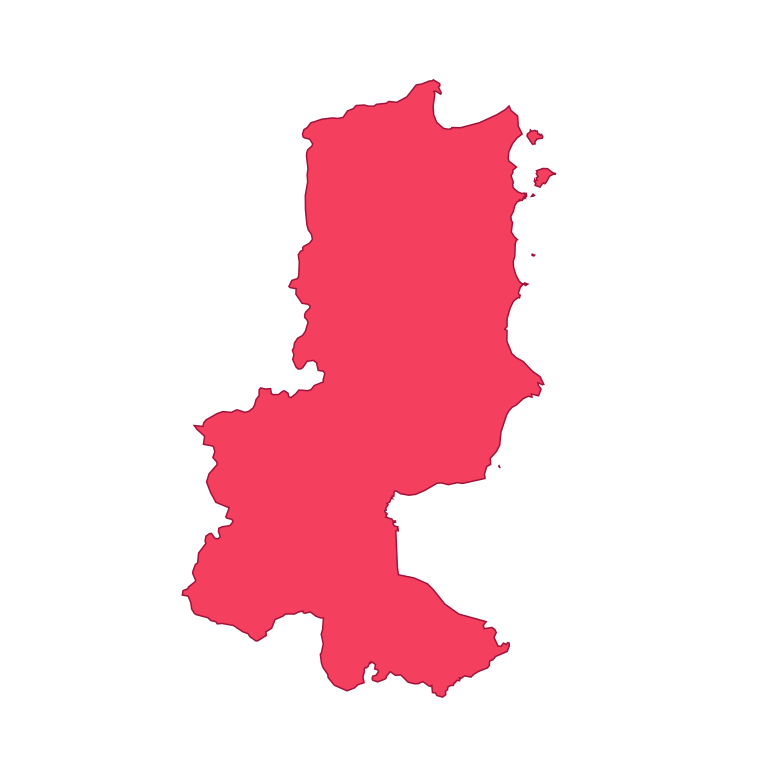 Ketapang, Kalimantan Barat, Indonesia (Albers equal-area conic projection), rotated 192°
{"feature_id": "22746128B56277764926455", "entity_name": "Ketapang", "entity_type": "district", "adm_level": 2, "iso_a3": "IDN", "parent_name": "Indonesia", "parent_adm1": "Kalimantan Barat", "projection": "albers", "projection_center": [110.267, -1.697], "detail": "fine", "context": "isolated", "style": "filled", "palette": "rose", "viewbox_px": 768, "rotation_deg": 192, "n_neighbors": 0, "source": "geoboundaries", "source_scale": "gbopen_adm2", "svg_char_len": 6145}
<svg xmlns="http://www.w3.org/2000/svg" viewBox="0 0 768 768"><g transform="rotate(192 384 384)"><path d="M265.6,312.6L267.0,316.9L266.4,324.5L263.0,327.6L264.6,333.4L260.1,341.2L258.1,348.1L259.6,361.2L257.6,379.5L256.1,383.9L253.9,387.8L250.1,391.1L244.7,398.7L240.5,401.9L236.5,402.0L237.7,404.8L230.4,404.6L229.3,411.7L232.8,414.9L233.7,417.3L228.9,416.2L227.6,416.9L232.9,423.6L241.6,427.4L252.4,434.9L260.4,437.3L265.3,440.3L272.7,451.4L274.8,461.9L277.3,462.6L275.6,465.8L277.2,473.5L276.4,484.5L274.8,491.2L273.3,493.7L270.4,496.6L269.4,496.5L269.2,499.2L270.7,499.6L271.4,501.2L270.8,506.9L268.7,510.4L267.6,510.8L266.2,509.7L264.1,511.6L267.5,512.1L268.0,511.2L269.9,510.7L273.2,512.6L277.7,518.1L281.6,525.2L283.1,531.1L282.6,536.0L284.8,548.5L284.4,552.2L283.5,552.9L287.4,555.3L291.1,559.2L291.9,569.0L293.1,569.8L294.8,574.1L293.3,580.0L293.2,585.5L291.7,589.8L289.3,591.5L290.0,591.6L289.6,592.6L288.5,591.9L287.0,592.4L286.8,594.1L285.8,594.0L285.7,595.3L284.8,595.2L285.8,596.1L284.3,596.0L283.8,597.0L285.9,598.6L286.2,599.9L288.9,599.0L293.2,599.8L298.6,602.9L299.7,606.3L299.3,608.0L303.0,614.1L301.8,617.6L302.5,620.0L299.5,623.7L308.2,628.0L309.4,630.5L310.2,637.1L308.3,645.7L305.1,652.3L300.9,657.2L306.3,664.2L309.0,673.9L316.7,678.0L319.5,682.0L322.2,677.8L329.8,670.7L345.0,659.4L362.6,650.5L370.9,649.0L371.4,647.6L374.2,646.5L379.2,646.5L387.0,651.0L391.4,657.7L393.7,666.0L394.6,678.6L396.1,680.5L394.1,681.1L388.8,679.3L388.5,680.6L392.4,685.7L391.3,687.6L392.1,689.4L399.0,691.8L399.9,690.5L402.5,689.9L409.4,685.3L414.7,683.2L421.3,669.7L430.0,662.2L438.0,661.4L440.1,659.1L449.5,656.0L451.5,653.7L457.4,652.5L461.2,652.8L469.2,650.6L471.2,647.0L476.5,643.5L479.4,636.3L484.2,634.2L489.9,633.5L499.8,630.1L509.9,624.2L512.4,618.9L515.2,616.2L515.7,611.6L514.5,608.9L512.9,608.2L507.5,608.0L503.7,604.0L504.0,601.8L507.1,597.6L507.7,594.6L507.3,591.1L503.1,578.8L502.7,572.8L500.7,565.8L500.2,552.2L497.1,538.3L492.6,523.9L490.1,519.0L486.2,515.5L484.1,510.6L486.1,506.3L491.1,502.0L491.8,500.7L491.3,497.9L493.3,496.4L494.7,492.5L492.2,485.6L489.9,472.2L490.5,469.1L495.7,466.2L497.3,459.6L496.1,458.8L489.7,458.9L488.9,453.6L481.0,445.9L474.7,446.2L472.3,444.6L472.6,442.5L475.6,438.0L476.0,435.3L475.4,432.6L472.7,430.8L471.1,428.3L471.9,419.1L473.8,414.5L478.0,410.8L480.1,405.5L479.7,401.0L480.6,397.9L478.2,394.0L478.4,389.1L473.8,382.5L471.1,380.8L468.5,381.5L466.9,383.1L464.0,390.2L458.0,392.4L454.4,390.8L451.2,383.6L446.0,383.9L444.1,381.9L444.4,375.3L443.8,373.4L451.9,368.0L454.2,363.3L457.3,361.6L466.0,360.4L468.4,355.9L472.1,351.4L474.6,351.7L476.0,355.1L480.0,356.6L481.7,355.8L485.0,351.7L490.5,350.5L492.3,351.3L493.9,355.9L499.0,354.4L503.9,354.5L504.9,352.5L503.8,346.7L505.9,342.2L506.2,336.5L507.1,333.4L510.5,329.2L514.0,327.4L522.5,328.2L527.5,324.5L535.9,323.5L541.2,320.3L550.6,311.9L552.3,308.5L552.3,304.9L561.0,303.9L557.4,300.7L548.6,295.6L548.1,287.5L538.6,287.7L537.4,286.7L535.4,282.5L536.1,276.5L531.4,273.0L530.4,270.6L536.4,259.9L537.2,251.3L531.2,242.0L523.8,233.3L509.7,230.7L511.1,221.0L509.7,220.1L504.8,220.0L503.0,218.1L505.3,213.4L512.4,210.8L515.6,208.6L515.2,205.3L512.4,200.6L514.2,198.0L517.4,197.8L521.7,202.0L523.6,201.3L526.5,198.2L526.4,193.3L525.1,191.0L530.2,180.1L529.1,170.3L530.9,168.4L532.0,161.2L531.6,158.7L527.4,152.8L527.4,151.7L533.0,144.8L533.3,143.0L537.6,140.1L537.4,135.6L531.4,135.8L527.4,129.8L525.4,124.0L521.7,120.1L519.9,119.4L507.8,118.8L504.2,116.6L498.9,116.5L497.3,114.7L492.7,116.1L481.1,116.5L470.7,112.3L465.1,111.5L462.5,108.9L456.0,106.1L454.3,106.4L446.9,113.5L448.0,117.0L443.1,121.8L441.6,131.0L434.5,136.0L432.5,138.6L423.7,140.4L420.0,143.3L416.2,145.0L415.3,143.4L413.6,143.4L408.6,145.7L402.2,142.7L397.4,142.0L394.6,142.6L393.0,130.9L393.4,126.2L389.4,117.3L389.3,108.3L390.1,106.4L387.2,98.1L384.7,94.0L378.6,88.2L377.6,85.2L369.9,79.0L356.4,76.2L349.6,80.7L346.9,84.5L341.4,87.7L343.8,93.4L343.3,98.7L344.1,100.7L343.5,102.7L342.2,102.7L340.9,104.3L340.0,108.5L339.0,108.1L338.7,109.7L334.0,107.9L333.9,103.3L330.9,103.2L329.6,101.5L331.1,97.6L334.3,95.8L334.4,93.2L333.3,91.9L328.4,91.3L322.3,95.1L321.0,96.3L320.7,98.8L318.1,104.0L312.4,101.4L307.0,102.9L298.4,97.3L291.8,97.1L288.0,98.1L284.2,101.0L277.3,98.0L275.5,98.0L274.6,99.1L272.4,92.2L269.5,92.5L267.5,90.3L261.6,89.9L259.0,92.9L259.9,96.2L258.3,98.2L258.5,100.8L256.4,102.8L253.5,103.6L253.3,106.1L252.3,106.5L251.1,109.3L248.5,109.4L248.2,110.8L249.1,112.3L247.2,112.3L244.5,115.3L238.0,115.4L235.9,118.7L231.5,122.7L223.8,127.8L222.5,130.4L223.0,135.2L220.1,136.9L218.2,140.7L207.9,148.0L207.0,153.7L207.6,156.5L209.2,156.8L210.2,154.7L213.3,155.4L215.1,151.7L218.0,151.4L223.7,159.0L222.5,164.3L224.7,167.0L227.9,168.3L235.1,165.5L236.7,168.7L234.6,172.8L263.0,174.5L278.8,181.4L293.3,193.3L299.8,197.5L314.0,200.5L330.2,200.4L332.7,207.1L341.8,242.4L340.7,243.6L339.7,243.3L340.0,245.0L339.4,245.1L340.8,245.2L340.7,247.2L343.9,247.2L345.8,248.6L346.4,250.0L344.0,251.4L344.5,252.4L346.8,251.8L348.1,253.5L354.5,254.1L353.9,254.9L354.8,256.6L353.8,257.5L356.7,259.2L356.9,260.3L355.6,261.1L356.5,262.7L354.9,266.7L356.4,267.6L353.9,269.6L353.2,273.6L352.1,273.7L353.2,274.4L352.2,275.3L352.6,276.1L351.1,276.4L351.7,280.7L350.2,282.1L345.1,280.1L336.6,280.4L330.2,282.6L322.1,288.3L311.5,298.0L307.3,299.2L300.0,298.9L292.0,302.7L286.5,303.1L265.6,312.6ZM277.5,609.7L272.3,609.0L270.9,612.6L269.6,613.8L268.3,613.3L267.3,615.0L265.2,621.8L262.1,624.3L260.1,624.7L260.1,625.6L262.5,625.6L268.8,628.6L273.3,627.9L279.2,624.3L278.1,623.2L278.8,621.4L276.3,619.0L277.9,617.4L276.8,615.3L278.2,614.2L279.1,615.4L279.1,613.4L277.2,611.7L277.5,609.7ZM288.6,649.4L286.1,650.3L286.8,652.1L285.2,655.5L280.3,657.3L280.1,659.0L281.9,660.8L282.9,659.7L283.7,660.8L285.2,660.3L286.7,663.3L287.8,662.8L289.1,663.5L292.0,662.0L293.6,662.9L293.6,660.7L295.6,658.6L295.8,656.4L288.6,649.4ZM278.8,598.2L276.9,598.9L276.0,599.7L277.7,600.7L278.8,598.2ZM264.0,540.4L263.4,541.4L266.0,541.8L265.9,540.6L264.0,540.4ZM254.7,327.5L253.0,325.9L254.4,328.0L254.7,327.5ZM284.7,600.7L284.3,598.2L283.8,598.2L284.7,600.7Z" fill="#f43f5e" stroke="#9f1239" stroke-width="1.5"/></g></svg>